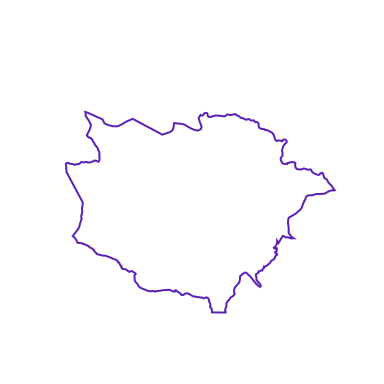 Tlaxco, Puebla, Mexico (orthographic projection), rotated 61°
{"feature_id": "50627088B52665331033665", "entity_name": "Tlaxco", "entity_type": "district", "adm_level": 2, "iso_a3": "MEX", "parent_name": "Mexico", "parent_adm1": "Puebla", "projection": "orthographic", "projection_center": [-98.045, 20.402], "detail": "fine", "context": "isolated", "style": "outline", "palette": "violet", "viewbox_px": 384, "rotation_deg": 61, "n_neighbors": 0, "source": "geoboundaries", "source_scale": "gbopen_adm2", "svg_char_len": 6017}
<svg xmlns="http://www.w3.org/2000/svg" viewBox="0 0 384 384"><g transform="rotate(61 192 192)"><path d="M85.2,235.0L72.1,244.8L70.3,246.5L71.5,246.8L73.3,247.9L74.5,248.2L76.5,247.8L77.4,247.9L79.3,247.6L82.1,247.8L83.6,247.6L84.3,247.8L86.5,249.7L88.8,252.6L90.9,255.9L91.6,256.6L92.1,256.3L93.7,256.2L93.9,255.8L94.3,255.8L94.7,255.5L95.0,255.0L95.6,254.7L95.9,254.2L96.7,254.2L97.9,253.8L100.4,254.1L101.8,253.7L103.4,254.0L104.8,253.8L105.3,253.5L106.5,253.5L106.9,253.3L109.2,253.3L110.2,253.8L111.9,253.7L113.6,254.4L114.3,254.9L114.9,255.1L115.7,255.9L117.1,256.1L119.2,257.5L120.1,259.2L117.9,261.0L117.7,261.6L117.1,262.2L117.2,262.7L117.1,265.4L116.4,267.5L115.7,268.7L114.8,269.4L113.6,272.3L112.4,273.8L112.1,274.6L112.5,275.6L112.7,277.2L111.7,279.7L111.6,280.7L111.4,281.4L110.4,282.1L107.8,285.3L106.5,286.1L106.1,286.9L106.0,287.7L106.1,288.5L106.3,288.8L109.3,289.9L110.2,290.6L111.3,290.8L113.5,292.1L148.4,292.6L153.3,296.4L155.4,297.2L156.5,297.8L157.4,298.8L158.6,299.6L159.2,300.5L159.9,300.9L161.8,301.4L162.3,302.2L163.0,302.7L165.1,305.0L167.6,307.3L169.1,309.3L172.7,317.7L175.4,316.6L181.0,316.6L182.4,314.5L184.0,312.7L184.4,312.5L184.6,312.2L184.9,312.3L185.5,311.8L186.5,310.5L187.3,309.9L188.0,309.7L189.2,308.8L189.7,308.5L190.4,308.5L191.5,307.8L191.8,307.4L194.3,306.4L194.8,306.0L195.5,305.9L196.5,306.1L198.9,305.4L199.9,305.3L200.2,305.0L200.8,304.7L201.9,303.4L202.5,303.0L202.7,302.5L204.5,300.8L204.8,299.7L206.9,297.6L210.0,294.9L212.0,293.4L212.4,293.2L213.2,292.6L213.7,292.0L215.4,290.7L215.8,290.5L217.8,290.8L218.1,290.1L219.4,290.0L220.8,290.3L222.4,289.6L223.2,289.9L223.5,290.3L224.0,290.0L224.8,290.2L225.6,289.9L226.2,289.4L226.5,288.5L227.0,287.9L227.7,287.6L228.4,287.0L230.9,285.9L231.4,285.5L231.5,284.5L231.9,283.1L234.3,281.6L235.6,281.0L236.4,281.0L236.9,282.7L241.7,285.0L243.3,285.0L246.0,284.3L249.0,284.3L249.8,284.1L253.0,281.9L255.4,279.7L256.9,278.8L259.0,276.1L259.2,275.0L260.2,273.4L261.4,272.4L261.5,271.2L262.3,269.0L262.9,268.1L263.3,266.3L266.4,259.4L267.1,258.7L270.4,256.2L270.7,255.3L270.7,255.0L269.9,254.6L270.1,253.8L271.2,253.1L272.5,252.9L273.6,252.0L274.6,251.6L275.3,251.3L276.5,251.4L276.8,251.2L277.7,249.9L277.9,249.3L277.6,248.6L277.6,247.7L277.8,245.9L279.9,243.8L281.8,242.9L282.7,242.2L283.6,241.8L284.2,241.2L284.8,240.1L286.2,238.6L289.1,234.7L289.4,234.1L290.4,233.6L290.7,233.1L291.1,232.0L290.9,230.9L291.5,230.1L292.6,229.4L294.9,229.5L295.4,229.9L296.4,229.9L296.8,230.2L298.8,230.3L299.5,230.5L300.3,231.0L300.7,231.7L301.4,232.0L302.1,231.9L302.8,231.4L304.0,231.5L304.4,232.0L305.5,232.1L307.0,232.9L313.7,221.1L313.1,220.6L312.1,220.7L310.5,219.6L309.0,217.6L306.9,216.4L306.0,215.7L305.5,215.1L304.9,213.6L304.5,213.2L304.4,212.0L303.1,209.9L302.8,206.2L302.1,204.4L301.7,204.1L300.0,203.8L297.5,202.2L296.7,201.3L296.1,200.3L294.0,194.5L291.7,192.5L289.3,191.0L288.8,190.3L288.2,187.1L288.2,185.1L288.3,184.3L289.0,183.8L290.0,183.2L292.3,182.8L293.0,182.2L296.5,181.5L299.0,181.1L299.5,181.2L299.9,181.0L303.2,180.5L305.5,179.7L307.9,178.6L307.8,177.6L306.6,177.1L304.9,177.2L304.0,177.5L303.2,178.0L301.9,177.8L301.1,178.2L300.2,178.1L299.4,177.9L298.1,177.1L296.2,176.7L295.0,176.1L294.8,173.0L294.6,172.8L293.7,172.4L294.1,170.5L294.0,170.1L294.2,169.3L294.8,168.6L293.6,167.3L293.5,166.3L293.0,165.6L292.0,165.3L292.2,164.7L292.7,164.1L292.7,162.3L291.9,158.3L291.5,157.4L290.7,156.4L290.6,154.6L290.2,152.1L289.6,151.3L288.8,150.7L288.4,150.0L288.3,148.4L287.9,147.8L287.5,147.6L286.9,147.8L286.1,148.6L285.6,148.6L284.8,148.5L284.7,148.0L285.0,147.3L284.8,146.7L282.8,145.2L282.2,145.1L282.0,145.6L282.1,146.1L281.9,146.7L281.0,147.4L280.3,147.4L280.2,147.1L280.3,146.0L278.7,143.2L278.1,142.4L276.0,141.2L278.5,141.1L274.5,133.9L275.8,132.6L277.3,131.9L277.8,130.6L279.3,129.0L280.9,127.5L281.1,126.6L281.7,125.6L279.1,126.8L275.9,127.2L274.5,127.2L270.0,124.7L265.9,123.2L263.0,121.4L261.4,119.9L261.2,111.8L259.9,105.6L258.8,103.5L255.9,100.3L255.4,99.4L254.2,98.0L253.8,97.1L251.7,94.7L251.2,93.3L251.4,91.8L252.0,90.5L253.2,88.4L253.9,84.7L254.4,83.5L255.5,81.7L257.7,77.0L257.7,72.6L257.9,70.6L258.3,69.0L259.2,67.6L259.6,66.3L256.5,66.8L253.8,66.9L252.0,67.6L249.9,68.1L248.5,68.1L247.6,67.9L246.2,68.0L244.4,69.3L243.7,69.4L242.9,69.4L242.1,69.0L240.3,68.8L239.4,68.5L238.5,68.7L238.0,69.6L238.0,71.0L238.5,71.9L238.6,72.5L237.8,73.9L235.7,75.6L233.2,77.0L232.3,77.3L230.5,77.0L229.8,77.3L229.4,77.9L229.2,78.8L228.5,80.1L225.9,82.4L225.4,83.6L225.0,86.2L222.8,89.2L221.8,89.4L220.2,89.4L218.4,88.8L217.2,87.7L216.4,87.6L215.7,88.1L214.2,90.3L213.5,91.6L213.6,92.7L213.0,94.4L213.7,95.1L212.7,96.5L212.3,97.4L211.2,98.8L210.5,99.0L209.3,99.0L207.2,98.8L205.4,98.1L204.4,95.8L203.8,95.0L201.4,93.8L199.4,93.3L196.9,90.8L196.1,89.8L195.5,88.6L195.0,87.4L194.5,85.3L193.9,84.7L193.3,84.5L192.2,84.6L191.5,85.0L190.9,85.7L190.5,87.4L190.8,88.0L191.3,88.3L191.2,88.9L190.4,89.3L189.4,90.5L188.9,91.2L188.6,92.6L188.1,93.5L187.0,93.8L186.2,93.8L182.8,93.0L180.6,92.9L179.4,93.1L178.4,93.6L175.3,95.6L173.5,97.2L173.2,98.1L172.2,98.3L171.4,99.2L170.7,100.5L170.1,101.0L168.5,102.0L167.5,102.0L166.3,101.6L164.5,100.7L163.7,100.6L163.0,100.9L162.3,101.3L161.8,102.5L160.8,103.0L159.4,103.2L158.3,105.4L157.2,106.1L156.0,106.8L155.6,107.1L155.1,109.5L154.0,110.5L152.1,111.7L151.0,113.2L148.2,114.3L147.2,115.0L146.6,115.7L146.1,116.0L145.0,116.2L144.7,116.5L143.6,120.5L142.6,122.1L141.5,123.2L141.3,123.7L141.7,125.9L141.4,127.5L140.4,128.5L137.4,132.8L136.3,135.0L135.3,139.7L134.7,140.6L134.0,141.2L133.3,141.3L131.7,140.8L130.7,140.6L130.0,140.8L129.4,141.9L129.2,142.9L129.3,143.7L130.0,144.7L130.2,145.4L129.9,146.3L129.3,146.9L128.7,147.2L130.6,150.4L134.9,151.3L137.7,151.6L140.0,152.2L141.4,154.0L141.0,157.3L139.3,159.3L136.4,161.7L133.4,163.7L129.8,165.6L127.5,167.8L123.1,174.3L127.2,177.3L128.7,179.5L128.9,182.2L127.5,190.1L99.3,208.4L98.6,214.9L98.8,219.3L98.6,224.7L97.7,226.7L95.7,229.9L92.3,233.2L90.7,234.6L88.7,235.3L85.2,235.0Z" fill="none" stroke="#5b21b6" stroke-width="2"/></g></svg>